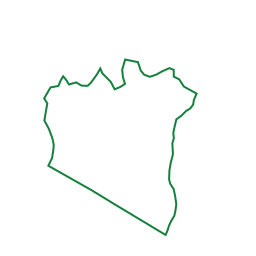 outline of Flórida, Paraná, Brazil, rotated 121°
{"feature_id": "56859067B92669996369724", "entity_name": "Flórida", "entity_type": "district", "adm_level": 2, "iso_a3": "BRA", "parent_name": "Brazil", "parent_adm1": "Paraná", "projection": "albers", "projection_center": [-51.967, -23.105], "detail": "fine", "context": "isolated", "style": "outline", "palette": "green", "viewbox_px": 256, "rotation_deg": 121, "n_neighbors": 0, "source": "geoboundaries", "source_scale": "gbopen_adm2", "svg_char_len": 988}
<svg xmlns="http://www.w3.org/2000/svg" viewBox="0 0 256 256"><g transform="rotate(121 128 128)"><path d="M201.4,176.8L200.1,127.5L200.2,109.6L200.3,102.8L200.3,70.4L200.3,56.7L200.3,40.7L195.2,41.4L191.0,42.5L185.4,43.1L179.4,43.1L175.1,44.5L168.5,47.3L162.6,52.1L156.9,57.3L154.1,63.0L150.9,66.3L142.9,70.7L136.2,73.3L127.3,76.0L118.3,82.1L112.9,83.5L109.5,86.3L105.5,87.9L95.7,91.0L90.0,88.6L83.2,86.9L79.5,84.8L74.4,84.2L70.0,86.0L63.2,86.9L63.7,101.4L59.9,109.2L60.4,115.2L54.6,118.8L55.4,123.4L61.2,127.5L67.9,131.4L72.9,135.7L74.0,141.6L72.2,146.7L66.4,153.4L70.8,165.7L81.1,163.0L87.1,158.5L91.7,153.3L96.9,155.8L101.7,159.4L97.3,166.6L94.4,178.0L91.3,182.4L97.6,182.2L108.2,183.1L112.6,184.3L115.6,189.6L115.6,195.9L121.1,201.0L118.6,205.8L117.1,210.2L121.8,210.2L127.8,209.3L133.1,215.3L139.7,215.2L145.8,215.1L148.5,209.8L155.9,207.0L164.7,203.5L169.6,195.2L175.8,187.5L180.5,183.1L184.6,181.0L192.9,177.6L201.4,176.8Z" fill="none" stroke="#15803d" stroke-width="2"/></g></svg>